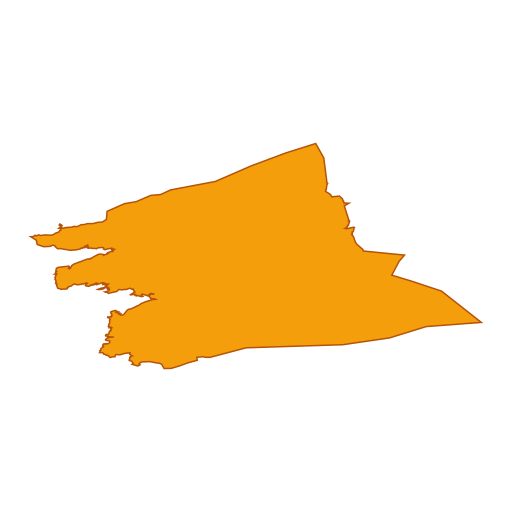 outline of Steinkjer nor, Nord-Trøndelag, Norway
{"feature_id": "86288312B13820537707867", "entity_name": "Steinkjer nor", "entity_type": "district", "adm_level": 2, "iso_a3": "NOR", "parent_name": "Norway", "parent_adm1": "Nord-Trøndelag", "projection": "natural_earth1", "projection_center": [11.508, 64.096], "detail": "fine", "context": "isolated", "style": "filled", "palette": "amber", "viewbox_px": 512, "rotation_deg": 0, "n_neighbors": 0, "source": "geoboundaries", "source_scale": "gbopen_adm2", "svg_char_len": 5973}
<svg xmlns="http://www.w3.org/2000/svg" viewBox="0 0 512 512"><path d="M481.3,322.4L441.5,291.1L411.7,281.2L391.8,275.2L399.0,261.5L404.5,255.1L363.3,251.0L362.9,249.5L356.9,244.3L355.4,242.2L353.7,237.3L352.4,234.9L351.6,234.7L352.4,233.1L352.0,232.2L352.9,231.9L353.4,231.0L354.0,228.8L353.7,227.7L354.2,227.4L353.8,227.2L346.6,228.7L345.2,228.4L346.5,227.9L347.1,227.0L346.8,226.9L347.7,225.8L347.6,225.5L348.4,225.2L348.6,224.6L348.4,224.3L349.4,222.3L349.2,222.0L349.6,221.1L348.4,220.8L348.8,220.0L344.3,205.9L348.9,203.2L344.0,203.1L344.1,202.3L343.2,201.3L343.4,201.0L343.0,200.7L342.5,198.9L339.4,196.1L331.7,196.8L330.9,195.2L329.8,194.0L325.5,191.4L325.7,190.3L326.3,189.6L326.1,189.1L326.6,187.8L326.4,187.3L327.0,184.7L327.7,183.3L326.5,182.4L326.8,181.4L323.8,158.0L315.7,143.5L286.2,152.8L251.1,165.9L215.2,181.5L170.6,189.9L160.7,194.5L150.7,195.4L136.1,201.7L124.7,203.6L107.1,211.3L106.4,219.5L102.2,222.1L97.9,222.3L92.9,223.6L87.5,223.6L84.1,224.6L81.4,224.6L77.3,226.6L73.5,226.4L72.3,227.1L66.2,227.5L62.5,228.3L61.5,227.2L61.5,226.1L62.1,225.4L59.8,224.0L59.2,225.1L60.0,226.0L60.7,225.9L60.6,226.4L61.1,227.2L59.3,228.0L59.8,228.3L59.5,228.4L61.0,228.7L60.6,229.2L60.8,230.1L59.7,230.6L58.9,232.0L55.5,233.2L53.0,234.8L50.8,235.2L45.0,234.9L40.8,235.5L39.0,234.9L36.3,235.7L34.9,235.3L34.5,235.9L33.1,236.5L30.7,236.7L36.3,240.2L37.2,244.5L43.6,246.7L50.1,246.4L52.9,245.1L55.4,246.1L55.3,246.7L57.5,248.7L60.4,248.6L70.4,250.3L71.9,250.3L74.1,249.8L75.0,250.1L80.4,248.9L81.4,248.3L81.4,248.0L82.7,248.3L83.1,247.4L84.0,247.0L84.5,247.7L85.0,247.6L85.9,247.1L85.5,246.7L86.3,246.2L86.3,245.6L87.4,245.2L87.9,244.4L87.7,245.6L86.4,245.8L88.3,246.7L87.4,247.6L87.4,247.9L88.4,248.2L91.1,248.0L92.0,248.4L95.7,248.5L96.9,248.9L96.5,248.6L98.3,247.8L102.8,247.4L103.8,248.0L103.9,249.0L103.7,249.1L104.8,249.7L109.2,248.5L111.9,248.5L112.0,248.2L113.3,249.3L115.4,249.2L113.8,249.6L111.4,249.3L111.8,250.1L113.2,250.6L113.3,251.0L112.5,251.6L110.8,251.6L107.9,252.6L106.6,253.8L107.2,253.9L103.9,255.2L104.0,254.8L103.6,254.5L102.7,254.6L101.7,254.1L98.7,254.2L94.0,256.6L91.1,258.4L90.9,258.8L90.3,258.4L89.1,259.2L88.2,258.9L86.4,259.4L74.1,264.0L71.8,265.5L71.0,267.2L69.7,268.8L68.4,268.4L69.4,266.6L68.8,266.1L58.2,267.4L56.4,268.3L55.9,270.8L56.6,271.5L55.6,272.0L55.5,272.5L56.3,273.5L56.3,274.0L55.1,273.9L54.9,274.0L56.3,274.1L56.0,274.3L56.2,274.6L55.5,274.8L55.7,276.5L54.9,277.3L55.4,278.5L55.0,279.5L55.9,280.2L55.8,281.2L56.2,281.5L55.6,283.6L57.0,284.1L56.6,285.3L57.7,288.2L61.6,289.4L63.5,289.0L65.9,289.1L67.1,288.8L68.0,287.5L67.7,287.4L68.5,286.8L71.1,286.1L73.2,284.5L74.6,284.0L77.3,284.8L81.0,284.4L81.9,283.7L83.4,284.1L86.5,282.9L87.4,283.3L85.8,284.6L85.5,285.6L86.3,286.0L88.7,286.3L89.7,286.1L90.6,285.1L91.1,285.3L91.6,284.8L92.5,284.8L91.8,285.3L92.7,285.0L93.6,285.2L93.0,284.8L93.1,284.4L94.6,284.6L94.9,284.3L93.6,284.3L96.1,283.1L97.3,283.3L97.0,283.9L95.9,284.5L96.4,284.7L102.6,282.7L103.8,282.7L104.2,283.1L103.3,283.5L104.5,283.3L104.8,283.6L102.1,284.6L102.5,284.6L102.1,284.9L105.1,283.7L105.1,284.0L105.5,283.7L106.1,283.9L105.1,284.3L106.8,284.1L107.1,284.4L108.2,284.1L107.6,284.9L105.1,286.1L105.3,286.6L106.6,286.6L106.8,287.2L100.9,288.2L97.8,289.4L99.1,289.7L100.3,289.2L101.6,289.4L103.7,288.7L104.6,287.8L108.0,287.3L108.1,287.6L107.0,288.2L107.6,288.7L108.8,288.5L108.1,289.3L109.4,289.3L109.6,289.7L109.0,290.5L107.1,291.4L104.9,291.9L105.9,292.3L107.1,292.0L107.9,293.1L108.4,293.3L116.7,291.5L118.9,289.5L122.3,289.9L124.1,289.4L125.7,289.6L129.9,288.2L131.7,289.2L133.9,288.9L132.2,289.2L133.8,290.3L134.0,291.1L134.9,292.0L129.8,295.0L133.9,294.4L134.4,294.8L134.3,294.4L135.3,294.4L136.0,294.8L136.4,295.9L137.8,295.6L141.5,296.7L142.9,296.3L141.3,294.9L141.4,294.5L142.6,294.1L144.5,294.9L145.4,294.9L147.7,295.9L150.0,293.8L150.7,293.5L151.7,293.4L152.3,293.8L153.7,293.8L154.2,293.9L153.0,294.1L154.5,294.2L150.7,294.1L148.8,296.1L150.6,298.2L150.0,298.5L151.4,298.4L152.2,298.8L154.0,298.6L155.7,299.3L154.7,299.5L154.8,299.0L153.8,298.9L152.6,299.6L145.7,301.7L141.1,303.6L139.6,304.8L131.2,308.8L128.5,309.3L126.9,310.5L124.0,314.2L122.6,315.1L120.9,315.2L120.3,314.6L120.7,314.0L118.9,314.4L118.7,313.6L119.4,313.0L117.3,312.7L118.3,312.1L117.5,312.3L117.9,312.0L116.6,312.1L117.2,311.5L115.9,311.0L116.8,310.7L114.9,310.5L110.9,311.7L110.7,312.9L111.7,314.0L111.5,314.4L112.0,315.3L111.6,315.7L111.1,315.5L110.9,315.5L111.5,315.8L111.3,316.2L111.6,316.7L111.2,317.0L110.5,316.6L107.8,317.4L107.8,316.7L107.6,316.6L107.4,316.6L107.7,316.7L107.7,317.5L108.6,317.7L109.7,318.6L109.9,319.2L109.7,319.8L110.0,319.9L109.6,320.6L109.7,322.5L108.6,325.0L109.0,326.7L108.7,326.8L109.2,327.1L109.0,327.7L109.6,327.8L111.1,327.1L112.0,327.8L110.8,328.8L110.7,329.7L111.2,330.2L111.0,330.6L109.8,331.0L109.7,331.6L109.0,332.2L109.1,333.5L108.3,334.3L106.1,334.5L105.5,335.6L105.8,336.0L108.2,336.2L108.6,336.5L107.9,337.0L108.3,337.2L109.5,336.8L110.5,336.8L111.3,337.2L112.1,336.9L113.8,337.0L111.3,337.3L109.4,337.0L108.8,337.7L107.5,338.0L105.5,339.5L105.6,340.0L106.5,340.5L109.7,340.9L109.8,342.4L108.2,343.7L106.4,343.7L106.6,343.9L106.0,344.2L104.0,343.8L103.9,344.2L103.2,344.3L102.7,345.2L102.9,345.5L102.7,346.0L103.6,346.2L103.7,346.7L100.9,348.5L100.8,350.2L99.7,350.7L100.1,351.8L99.6,352.6L102.7,352.7L103.6,353.8L102.9,354.1L103.7,353.8L103.0,354.2L103.8,354.0L105.8,354.7L106.1,355.2L107.9,355.4L110.1,357.5L112.7,356.8L115.0,356.8L115.1,355.7L116.0,354.6L119.9,354.8L124.7,353.4L130.0,352.8L129.6,354.2L132.3,355.9L130.8,356.4L129.9,357.1L130.3,357.4L129.8,357.9L129.7,359.1L129.3,359.6L129.2,360.4L131.7,361.3L133.2,363.3L132.0,364.3L137.8,366.0L140.0,364.8L139.0,364.0L139.8,363.3L140.0,362.7L142.3,361.9L149.8,361.6L157.0,363.0L158.8,363.1L161.6,364.2L164.1,368.5L171.2,368.4L179.5,365.9L187.7,362.9L197.3,360.3L196.8,357.3L203.0,356.7L205.1,357.3L210.2,357.3L246.2,347.8L342.9,344.7L389.6,337.9L426.1,326.6L481.3,322.4Z" fill="#f59e0b" stroke="#b45309" stroke-width="1.5"/></svg>